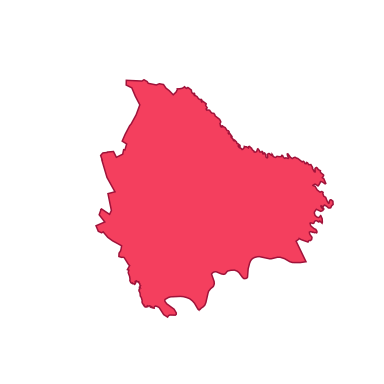 outline of Liepas pag., Priekulu, Latvia, rotated 229°
{"feature_id": "27541924B93252859491406", "entity_name": "Liepas pag.", "entity_type": "district", "adm_level": 2, "iso_a3": "LVA", "parent_name": "Latvia", "parent_adm1": "Priekulu", "projection": "robinson", "projection_center": [25.432, 57.391], "detail": "fine", "context": "isolated", "style": "filled", "palette": "rose", "viewbox_px": 384, "rotation_deg": 229, "n_neighbors": 0, "source": "geoboundaries", "source_scale": "gbopen_adm2", "svg_char_len": 5970}
<svg xmlns="http://www.w3.org/2000/svg" viewBox="0 0 384 384"><g transform="rotate(229 192 192)"><path d="M98.6,119.8L99.0,120.1L98.1,120.9L98.3,122.8L98.0,125.2L98.2,127.4L99.5,130.0L105.0,137.5L106.2,139.4L106.8,142.6L106.7,145.9L107.0,146.8L108.1,148.6L110.0,150.0L117.3,152.9L117.5,154.4L117.4,155.5L116.7,157.1L115.8,158.0L110.8,160.5L109.1,161.9L108.5,163.0L108.6,164.5L109.0,166.3L108.9,167.2L107.4,170.0L105.2,172.8L102.8,174.1L100.5,174.6L94.7,174.1L92.9,174.2L92.2,174.7L91.3,176.1L91.1,177.4L91.3,178.0L97.2,184.0L100.5,188.8L101.5,190.8L102.0,192.6L102.0,194.4L101.5,196.4L100.3,198.8L99.1,200.4L90.5,206.9L89.5,208.2L86.7,213.7L84.8,215.8L81.0,218.1L75.2,220.1L72.8,221.6L67.7,227.4L64.6,232.3L86.6,238.3L86.3,242.0L86.6,242.4L84.5,243.1L77.6,247.0L78.5,246.9L78.6,248.1L78.5,248.7L77.7,249.4L77.6,251.0L78.8,252.6L79.4,252.9L82.5,253.1L83.8,253.6L84.7,254.3L84.2,255.7L82.5,256.5L82.5,257.0L81.0,257.6L80.6,258.5L79.4,259.2L79.5,259.7L80.4,260.5L82.6,260.9L84.2,260.1L88.0,259.5L89.0,259.6L91.0,260.6L90.8,261.4L88.8,262.7L88.5,263.4L89.3,265.0L89.3,266.3L89.0,266.8L88.4,267.3L86.4,267.8L86.1,268.2L86.5,268.9L86.3,269.4L83.1,269.7L83.6,270.5L86.4,272.7L89.7,273.7L89.9,273.6L89.4,271.7L89.8,270.6L91.2,269.8L93.6,269.5L95.8,270.5L96.6,271.3L97.4,274.5L92.9,276.5L92.2,278.6L92.5,279.1L92.5,280.1L93.0,280.5L94.1,280.6L94.4,280.3L93.9,279.7L95.3,279.5L96.8,280.0L96.9,280.4L95.9,280.7L95.3,281.3L95.0,282.0L95.3,283.3L95.0,283.6L92.6,284.3L90.5,284.5L89.4,285.6L89.1,286.4L90.0,288.4L90.0,290.3L92.6,292.3L94.8,291.9L95.4,291.2L95.0,289.7L93.7,288.2L93.8,287.7L94.3,287.6L97.1,288.2L100.3,289.4L102.3,288.7L103.0,288.9L105.0,289.7L105.7,290.7L107.2,290.3L107.6,289.7L107.8,288.7L108.3,288.4L111.5,287.8L115.4,288.6L117.6,287.5L117.8,288.0L117.3,289.9L116.6,290.4L114.0,291.0L113.8,291.4L114.9,294.8L115.3,295.2L115.4,296.2L113.7,297.1L111.0,297.7L110.7,298.0L110.7,298.6L115.6,300.2L117.3,299.7L118.0,302.1L118.6,302.5L121.8,301.9L122.7,302.0L123.5,302.4L123.8,302.9L126.1,302.0L127.8,302.3L128.9,302.0L129.1,300.9L128.8,299.9L126.6,298.4L126.4,298.1L127.0,297.6L130.8,298.4L131.5,299.1L134.7,299.7L136.1,298.0L138.1,298.3L139.0,298.0L138.5,297.1L138.5,296.6L139.5,295.9L140.1,296.4L142.0,296.3L142.3,296.0L142.4,295.0L142.9,294.8L148.1,293.8L148.7,293.2L150.4,292.7L150.7,292.5L151.3,290.9L151.3,289.9L151.8,289.5L153.4,289.1L158.0,289.4L158.2,288.8L157.5,288.3L155.7,287.6L154.3,287.4L154.2,286.6L156.3,285.2L156.4,284.2L156.8,283.9L159.4,283.9L159.9,284.3L160.7,284.0L160.8,283.8L160.1,282.9L161.3,281.1L163.2,279.5L163.2,277.8L164.0,277.2L165.7,276.5L166.4,277.0L168.1,277.2L167.5,276.5L167.6,276.0L170.2,275.6L170.7,275.2L171.0,273.7L168.7,272.0L168.4,271.6L168.4,271.2L169.0,270.8L170.0,270.8L172.0,272.2L173.9,272.4L174.2,272.1L173.6,271.2L174.4,270.5L176.3,271.7L176.7,271.5L176.5,270.8L177.7,269.5L179.2,270.0L181.4,270.1L181.5,269.7L180.1,267.3L180.6,265.7L181.6,265.2L182.0,265.6L184.3,265.2L186.1,265.7L187.2,265.3L188.6,265.4L189.1,264.5L188.3,263.5L190.5,262.7L191.1,262.0L192.1,261.4L191.1,260.4L191.2,259.6L190.9,258.2L191.3,257.6L192.4,257.8L194.6,256.8L196.2,256.9L196.5,257.1L196.3,257.5L195.3,257.7L194.8,258.1L195.7,258.8L198.5,258.3L199.0,257.8L200.7,258.4L203.4,258.2L203.7,258.0L203.2,257.3L204.1,257.2L205.1,257.7L207.6,257.5L208.3,258.0L207.4,258.4L207.6,258.6L211.4,258.9L211.6,257.9L212.1,257.8L212.7,258.0L212.3,258.8L213.0,259.5L214.4,259.6L215.3,258.8L218.8,259.3L220.8,258.5L222.0,258.4L222.3,257.9L221.4,257.5L221.4,257.1L222.3,256.6L223.3,256.8L223.4,257.2L225.3,257.9L225.7,259.2L226.3,259.9L228.8,260.5L234.2,259.4L235.6,260.0L237.0,260.1L238.2,259.0L239.1,258.6L242.2,258.9L243.6,257.7L243.9,256.9L244.4,256.8L245.4,257.1L245.6,258.7L248.3,259.1L248.8,259.4L249.1,260.5L249.3,260.6L253.5,259.7L253.7,259.3L253.4,258.8L253.6,258.4L254.5,258.7L254.9,259.7L255.7,259.8L256.1,259.4L256.1,258.9L258.0,258.1L260.7,258.4L262.7,257.7L263.2,257.1L263.8,257.4L263.8,258.0L264.6,258.5L265.2,258.4L265.0,257.5L266.6,257.1L267.8,257.4L269.4,258.4L273.3,257.6L273.9,257.0L273.6,256.1L273.8,255.8L275.1,255.4L276.3,255.5L276.6,252.8L278.1,250.3L279.5,248.6L279.1,248.4L277.9,245.6L277.7,241.6L283.4,241.3L287.5,240.5L291.8,241.0L295.1,238.4L296.2,235.3L302.7,230.3L304.8,230.6L308.2,229.4L308.6,227.0L319.4,215.7L315.9,212.5L310.1,214.9L301.6,212.1L292.0,209.8L286.9,200.5L283.3,190.8L282.9,188.4L282.4,187.1L279.4,179.4L276.2,172.7L271.1,174.2L267.8,169.0L268.8,168.2L266.0,164.5L267.8,157.7L274.1,159.3L277.7,154.3L277.5,153.9L279.9,150.5L279.9,149.6L279.5,147.0L275.0,145.2L275.2,144.9L258.8,137.4L242.7,134.0L245.9,127.5L230.9,119.0L229.2,115.1L238.6,112.6L238.6,111.6L238.2,111.4L235.7,107.0L226.6,106.5L229.5,97.4L223.8,95.5L220.5,97.0L220.2,98.8L213.1,98.7L211.2,99.1L207.3,100.0L197.6,103.6L195.4,101.0L194.2,99.0L194.0,97.5L193.5,96.6L191.3,94.5L188.8,96.0L188.0,97.2L187.0,97.8L178.8,96.5L177.4,96.7L175.8,92.3L174.5,93.0L172.9,90.9L169.4,89.6L167.1,88.2L165.9,87.0L163.8,86.4L162.7,86.7L162.4,87.3L161.8,87.0L160.8,87.9L159.9,88.1L160.0,89.1L160.5,89.1L160.6,89.5L160.5,89.8L160.0,89.9L160.9,90.1L160.7,90.4L161.1,90.7L161.7,90.7L161.4,91.8L159.8,92.0L159.3,92.9L158.5,92.3L157.4,92.5L155.4,91.4L155.1,91.6L154.9,90.9L154.5,90.6L154.6,90.3L154.2,90.3L154.1,89.9L153.8,89.9L154.2,89.5L152.8,88.4L153.0,87.9L152.2,87.1L150.7,86.8L149.4,86.2L147.4,84.7L145.6,84.5L142.5,83.0L141.9,82.2L141.0,81.7L138.1,81.2L138.0,81.5L137.3,81.1L136.1,81.5L135.9,81.3L134.9,82.4L135.4,82.9L135.1,83.3L135.2,83.7L134.5,83.7L134.6,84.1L134.0,85.3L132.8,85.6L132.7,85.1L132.2,85.2L132.2,85.7L131.6,85.8L132.0,86.1L129.8,86.7L129.2,87.2L129.8,87.6L130.1,88.7L129.9,89.6L128.5,90.6L126.3,91.4L118.0,90.2L113.6,91.5L114.0,92.8L114.0,93.7L113.6,94.7L110.0,98.6L110.0,99.8L111.0,100.8L115.3,101.6L124.1,99.6L127.2,99.8L128.3,100.6L128.6,101.4L128.4,102.1L127.8,105.2L126.9,107.1L120.8,114.8L118.6,116.9L116.1,118.6L113.3,120.1L112.2,120.4L109.4,120.9L106.4,120.9L99.5,119.6L98.6,119.8Z" fill="#f43f5e" stroke="#9f1239" stroke-width="1.5"/></g></svg>